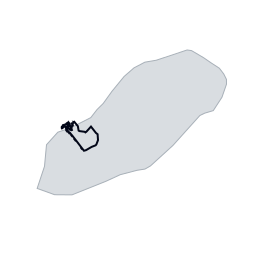 location of 74, Al Khawr, Qatar, rotated 232°
{"feature_id": "91078587B87151067735171", "entity_name": "74", "entity_type": "district", "adm_level": 2, "iso_a3": "QAT", "parent_name": "Qatar", "parent_adm1": "Al Khawr", "projection": "equal_earth", "projection_center": [51.544, 25.65], "detail": "fine", "context": "in_parent", "style": "outline", "palette": "ink", "viewbox_px": 256, "rotation_deg": 232, "n_neighbors": 0, "source": "geoboundaries", "source_scale": "gbopen_adm2", "svg_char_len": 3555}
<svg xmlns="http://www.w3.org/2000/svg" viewBox="0 0 256 256"><g transform="rotate(232 128 128)"><path d="M136.7,230.9L127.5,233.8L118.8,236.8L111.6,236.7L105.7,235.5L101.9,232.6L94.4,221.0L89.2,205.9L92.5,197.5L93.6,192.3L86.6,152.7L84.3,122.3L85.2,116.1L89.2,108.9L96.0,93.1L99.6,77.8L109.8,42.7L120.6,29.1L136.3,19.2L149.2,38.6L165.0,53.5L167.9,70.1L163.3,83.6L159.1,105.1L161.6,115.0L162.6,123.6L166.8,138.0L171.0,156.7L171.7,169.8L169.5,181.8L164.0,192.0L153.1,222.6L149.9,225.7L136.7,230.9Z" fill="#d9dde1" stroke="#a8b0b8" stroke-width="1"/><path d="M151.9,99.7L150.7,92.9L150.8,91.7L151.6,91.6L155.5,87.8L156.4,87.5L160.3,89.6L165.9,89.5L165.9,89.3L165.9,89.2L166.0,89.1L165.9,89.1L165.9,88.9L165.8,88.3L165.8,87.7L165.9,87.4L166.0,87.2L166.2,86.7L165.8,86.6L165.7,86.7L165.7,86.4L165.9,86.3L166.0,86.3L166.0,86.2L165.7,86.4L165.6,86.6L165.2,86.6L165.1,86.4L164.9,86.4L164.7,86.3L164.4,86.4L164.2,86.3L164.2,86.2L164.1,85.9L164.3,85.7L164.2,85.5L163.9,85.5L163.9,85.2L163.8,84.9L163.9,84.6L164.0,84.4L164.4,84.4L164.5,84.2L164.6,83.8L164.6,83.5L164.7,83.4L164.7,83.2L164.5,83.3L164.5,83.2L164.1,83.4L163.9,83.4L163.7,83.3L163.6,83.6L163.5,83.8L163.3,83.8L163.3,83.7L163.3,83.4L163.3,83.2L163.1,83.1L162.9,83.0L162.7,83.0L162.6,82.8L162.4,83.0L162.1,82.9L162.3,82.8L162.1,82.8L162.0,83.0L161.8,82.9L161.6,82.9L161.4,82.8L161.2,82.6L161.0,82.4L161.1,82.1L161.3,82.0L161.3,81.9L161.7,81.7L161.9,81.6L162.0,81.5L162.2,81.4L162.3,81.6L162.4,81.9L162.6,81.7L162.9,81.4L163.1,81.3L163.3,81.2L163.5,81.1L163.7,80.9L163.8,80.9L164.0,80.9L164.1,80.7L164.3,80.5L164.5,80.6L164.8,80.5L165.0,80.6L165.0,80.8L165.5,81.0L165.5,80.9L165.8,80.8L166.0,81.0L166.0,80.9L165.9,80.9L165.9,80.7L166.0,80.6L166.1,80.3L166.3,80.5L166.2,80.6L166.2,80.8L166.4,80.7L166.5,80.7L166.6,80.9L166.4,80.9L166.1,80.9L166.0,81.0L166.0,81.3L166.3,81.4L166.3,81.5L166.5,81.6L166.6,81.8L166.8,81.8L166.9,82.1L166.9,82.4L166.9,82.5L166.9,82.9L167.0,82.9L167.0,83.0L166.9,83.0L166.7,83.3L166.5,83.2L166.3,83.1L166.3,82.9L166.5,82.8L166.5,82.7L166.4,82.7L166.3,82.8L166.2,82.8L166.1,83.0L165.8,83.2L165.7,83.2L165.6,83.3L165.5,83.6L165.4,83.7L165.3,83.8L165.5,83.8L165.9,83.8L166.5,83.6L166.8,83.7L166.8,84.0L166.8,83.6L167.0,83.6L167.4,83.7L167.6,83.9L167.7,84.1L167.7,84.8L167.7,85.0L167.7,84.8L167.7,84.5L167.8,84.4L167.8,84.2L168.0,84.2L168.1,84.3L167.9,84.4L168.0,84.3L168.1,84.5L168.1,84.3L168.3,84.4L168.3,84.6L168.5,84.6L168.4,84.5L168.3,84.4L168.4,84.2L168.5,84.1L168.8,83.9L168.9,84.2L168.9,84.3L168.8,83.9L168.9,83.7L169.0,83.4L169.0,83.2L168.9,82.7L169.0,82.7L169.3,82.4L169.4,82.5L169.4,82.4L168.9,82.5L168.9,82.2L169.3,82.1L168.9,82.1L168.9,81.9L168.9,81.5L169.0,81.3L169.1,81.2L169.3,81.2L169.5,81.0L169.8,81.0L169.5,80.9L169.5,80.6L169.6,80.4L169.6,80.2L169.8,79.8L170.1,79.9L169.9,79.7L170.0,79.7L169.9,79.7L170.1,79.0L170.2,78.6L170.3,78.5L170.3,78.4L170.2,78.2L169.8,77.7L169.7,77.5L169.7,77.4L169.7,77.2L169.7,76.6L169.5,76.3L169.1,76.1L168.9,75.9L168.6,75.7L168.4,75.7L168.4,75.8L168.4,76.0L168.3,76.3L168.3,78.2L168.6,78.2L168.6,78.8L168.3,78.8L168.3,79.4L165.6,79.4L165.6,78.9L164.9,78.9L164.9,78.6L164.2,78.6L164.2,78.3L163.9,78.3L163.9,77.9L163.0,77.9L163.0,78.2L162.7,78.2L162.7,78.5L162.1,78.5L162.0,79.0L160.9,78.9L160.9,78.5L160.2,78.5L160.2,78.9L159.7,78.9L159.7,79.3L157.1,79.3L157.1,78.9L156.3,78.9L156.3,79.4L152.2,79.4L152.2,78.9L150.6,78.9L150.6,79.4L141.0,79.3L141.0,78.8L140.1,78.8L140.1,79.3L137.2,79.3L136.4,81.2L135.5,87.7L134.3,91.8L134.5,92.9L136.9,96.9L141.8,100.2L143.9,99.7L151.9,99.7Z" fill="none" stroke="#020617" stroke-width="2"/></g></svg>